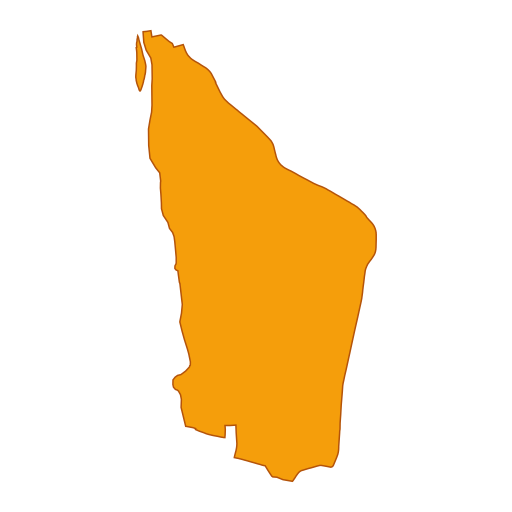 outline of Hilwan, Al Qahirah, Egypt
{"feature_id": "37247803B18472339316050", "entity_name": "Hilwan", "entity_type": "district", "adm_level": 2, "iso_a3": "EGY", "parent_name": "Egypt", "parent_adm1": "Al Qahirah", "projection": "orthographic", "projection_center": [31.32, 29.854], "detail": "fine", "context": "isolated", "style": "filled", "palette": "amber", "viewbox_px": 512, "rotation_deg": 0, "n_neighbors": 0, "source": "geoboundaries", "source_scale": "gbopen_adm2", "svg_char_len": 5886}
<svg xmlns="http://www.w3.org/2000/svg" viewBox="0 0 512 512"><path d="M183.2,44.6L173.9,47.2L172.3,43.5L169.0,41.4L161.5,35.1L161.0,35.0L151.9,36.9L150.9,30.7L146.5,31.4L143.1,31.7L143.1,32.8L143.8,42.4L146.2,50.2L150.8,58.0L152.0,64.8L152.2,78.9L151.8,85.6L152.0,105.3L151.6,112.1L150.0,120.0L148.5,129.0L148.7,145.4L150.0,158.3L155.7,167.8L159.7,172.8L160.7,181.1L160.5,182.6L160.4,188.1L160.9,194.1L161.4,202.9L161.5,208.7L163.3,215.5L167.9,222.4L169.5,228.4L172.6,232.5L174.1,236.7L174.8,241.9L175.5,249.5L176.2,257.4L176.2,262.9L175.9,264.2L175.1,265.5L174.9,266.8L174.9,268.5L176.0,269.9L177.9,270.8L178.3,274.3L179.4,282.3L179.9,283.5L182.3,304.5L181.5,313.2L179.9,321.5L179.9,322.2L182.1,331.2L184.5,339.8L187.5,349.3L188.8,354.0L190.4,361.9L190.3,365.2L189.7,365.8L189.5,366.9L185.6,371.1L180.9,374.6L177.6,375.4L175.1,377.2L173.0,379.9L172.9,384.5L173.5,387.2L175.4,389.4L177.5,390.2L178.5,391.1L180.5,394.7L181.4,399.4L181.1,407.4L185.7,426.3L185.9,426.3L193.2,427.7L195.1,428.4L195.7,428.6L195.5,429.5L199.4,431.2L203.5,432.6L204.8,433.1L205.9,433.6L206.5,433.8L208.9,434.5L213.1,435.5L218.0,436.4L221.0,437.1L223.1,437.4L224.1,437.6L224.9,437.6L224.9,437.1L225.1,435.0L225.3,429.5L225.0,425.5L230.1,425.5L235.9,425.1L236.2,432.9L236.6,439.2L236.8,442.3L236.9,443.5L236.8,445.5L236.7,446.5L236.5,448.0L236.0,450.7L235.6,452.1L234.8,455.3L234.3,457.4L234.3,457.6L234.9,457.7L236.7,458.1L238.4,458.4L239.4,458.7L239.9,458.8L242.6,459.5L244.6,460.1L246.9,460.7L249.6,461.5L251.7,462.1L253.9,462.7L257.6,463.8L260.3,464.5L261.7,465.0L264.1,465.6L265.1,465.7L266.6,468.1L267.8,470.1L269.8,473.2L271.7,476.1L272.4,476.6L272.8,476.9L276.9,477.2L282.8,479.6L283.2,479.7L292.4,481.3L292.9,480.8L294.9,477.9L296.0,476.1L297.5,474.0L298.8,472.4L300.1,471.3L301.4,470.6L303.2,470.1L305.4,469.4L309.1,468.3L310.8,467.9L314.0,467.0L316.3,466.3L317.8,465.9L319.4,465.5L320.1,465.4L321.2,465.4L323.0,465.7L326.9,466.4L329.9,467.0L330.8,467.2L331.7,466.9L332.4,466.6L332.7,466.3L333.3,465.5L335.2,461.0L336.6,457.6L337.8,454.3L338.3,452.1L338.6,449.8L338.7,447.9L338.7,446.5L339.6,433.2L339.7,431.1L340.0,429.1L340.1,423.0L340.7,414.6L341.2,405.4L342.3,391.8L342.7,385.8L342.9,384.5L343.1,383.2L343.6,381.0L344.8,375.2L346.1,369.7L347.5,363.3L349.9,352.4L352.5,340.4L355.0,329.0L357.7,317.2L359.7,308.0L361.1,301.7L361.7,298.7L362.3,294.2L362.5,292.8L362.6,291.8L362.8,289.6L363.0,288.1L363.1,287.0L363.7,282.6L364.2,278.3L364.4,276.5L365.0,272.5L365.1,271.5L365.2,271.0L365.3,270.3L365.5,269.7L365.6,269.1L365.8,268.6L365.9,268.2L366.0,268.0L366.2,267.6L366.4,267.1L366.7,266.2L367.1,265.5L367.5,264.5L367.6,264.3L367.8,264.1L368.0,263.7L368.3,263.3L368.6,262.9L369.4,261.7L370.8,259.9L371.3,259.3L371.6,258.8L372.1,258.1L372.6,257.4L373.0,256.7L373.3,256.3L373.7,255.6L374.0,255.2L374.2,254.8L374.4,254.4L374.7,253.8L374.8,253.4L374.9,253.2L375.1,252.8L375.3,252.0L375.5,251.4L375.5,251.1L375.6,250.7L375.7,250.2L375.8,249.6L375.9,249.0L375.9,248.3L376.0,247.4L376.1,242.9L376.2,239.5L376.2,238.1L376.2,237.0L376.2,235.8L376.2,235.3L376.2,234.4L376.1,233.5L376.1,232.7L376.0,232.3L376.0,232.0L375.9,231.6L375.8,231.3L375.8,230.9L375.6,230.3L375.5,229.9L375.4,229.6L375.2,228.9L375.0,228.3L374.7,227.6L374.4,227.0L374.3,226.7L374.2,226.4L374.0,226.1L373.7,225.6L373.4,225.1L373.0,224.5L372.8,224.2L372.3,223.6L371.7,222.8L371.2,222.4L370.8,221.8L369.5,220.5L366.7,217.4L366.0,216.0L365.2,215.0L364.6,214.3L362.8,212.4L361.5,211.2L360.2,209.8L359.0,208.7L358.1,207.9L357.1,207.0L355.5,206.0L353.9,204.9L352.7,204.3L351.1,203.4L349.5,202.3L347.1,201.0L345.1,199.8L342.9,198.5L340.5,197.1L335.2,194.1L330.2,191.1L328.1,190.0L326.0,188.7L323.7,187.6L322.2,186.9L320.9,186.4L319.5,185.9L318.2,185.4L316.8,184.8L315.5,184.2L314.1,183.6L310.0,181.4L306.7,179.6L304.7,178.6L301.5,176.9L298.7,175.4L296.7,174.2L295.3,173.4L291.8,171.5L291.1,171.1L290.4,170.8L289.1,170.2L287.5,169.4L286.0,168.6L284.7,167.9L283.8,167.3L283.0,166.7L282.4,166.2L281.9,165.7L281.5,165.5L280.9,164.9L280.4,164.3L279.8,163.7L279.2,162.9L278.8,162.4L278.4,161.7L277.6,160.4L277.2,159.5L276.9,158.7L276.6,157.9L276.3,157.0L276.0,155.9L275.7,154.5L275.3,153.1L274.4,149.4L273.9,147.2L273.4,145.5L273.0,144.3L272.4,143.2L272.0,142.4L271.6,141.8L271.1,140.9L270.9,140.7L267.8,137.3L260.8,130.2L257.0,126.3L246.9,118.1L239.1,111.8L237.2,110.1L235.7,109.0L231.4,105.4L228.5,103.1L225.7,100.4L224.5,99.2L223.3,97.6L222.5,96.4L220.0,91.9L216.8,85.3L215.5,82.7L215.8,82.3L214.8,80.3L212.5,75.9L211.3,73.6L210.4,72.3L209.6,71.3L207.8,69.5L206.5,68.4L205.7,67.8L203.5,66.5L201.1,65.0L198.1,63.0L197.3,62.6L196.4,62.1L194.8,61.2L192.4,59.6L191.8,59.2L191.5,59.0L191.2,58.7L190.8,58.4L190.2,57.8L189.3,56.8L188.9,56.4L188.6,56.1L188.2,55.6L187.7,55.0L187.4,54.5L186.9,53.6L186.5,53.0L186.1,52.1L185.6,51.1L185.3,50.3L185.0,49.5L184.5,48.2L184.3,47.6L184.0,46.7L183.5,45.4L183.2,44.6ZM140.0,91.0L140.3,90.9L140.4,90.7L140.7,90.1L140.9,89.8L140.9,89.7L141.0,89.4L141.2,89.0L141.4,88.4L141.6,87.7L141.9,87.0L142.1,86.5L142.2,86.0L142.3,85.7L142.6,84.8L142.6,84.7L142.7,84.4L142.8,84.2L142.9,83.8L143.0,83.4L143.4,81.9L143.5,81.4L143.6,80.5L143.7,80.2L143.9,79.7L144.0,79.4L144.1,79.1L144.5,77.3L144.6,76.6L144.8,75.7L144.8,75.3L144.9,74.9L145.1,74.3L145.2,74.1L145.2,73.8L145.3,73.3L145.5,72.0L145.6,70.4L145.8,68.1L145.9,66.3L145.7,64.8L145.3,62.9L144.8,60.7L143.8,57.6L143.0,55.2L141.6,49.0L139.0,40.1L138.4,37.4L137.7,35.9L137.4,37.1L137.7,38.5L137.1,38.9L137.0,41.2L136.6,42.9L136.5,45.1L136.7,45.7L136.7,47.4L136.2,47.6L136.6,50.5L136.8,52.8L136.9,60.2L136.4,63.1L136.4,66.1L136.3,70.3L136.1,72.4L135.9,74.5L135.8,76.1L135.8,76.7L135.8,77.0L135.8,77.4L136.1,79.1L136.2,80.1L136.2,80.5L136.3,81.0L136.4,81.3L136.5,81.6L136.7,82.6L136.8,83.1L137.5,85.2L137.6,85.6L137.8,86.0L138.1,86.7L138.4,87.4L138.6,88.0L139.1,89.7L139.4,90.2L139.4,90.4L139.5,90.5L139.9,91.0L140.0,91.0Z" fill="#f59e0b" stroke="#b45309" stroke-width="1.5"/></svg>